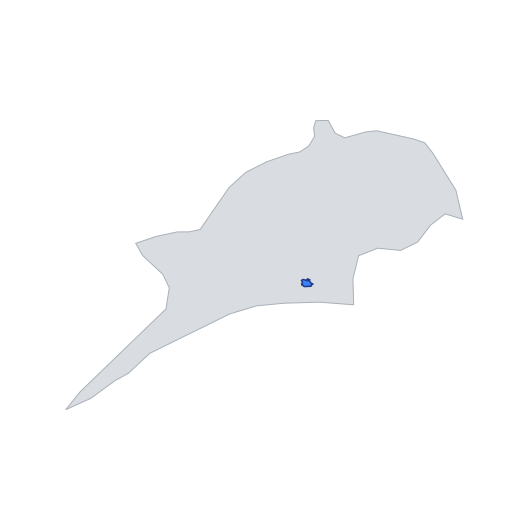 location of Agios Ermolaos, Cyprus, rotated 172°
{"feature_id": "46923920B200198305742", "entity_name": "Agios Ermolaos", "entity_type": "district", "adm_level": 2, "iso_a3": "CYP", "parent_name": "Cyprus", "parent_adm1": "", "projection": "albers", "projection_center": [33.172, 35.267], "detail": "fine", "context": "in_parent", "style": "filled", "palette": "blue", "viewbox_px": 512, "rotation_deg": 172, "n_neighbors": 0, "source": "geoboundaries", "source_scale": "gbopen_adm2", "svg_char_len": 1581}
<svg xmlns="http://www.w3.org/2000/svg" viewBox="0 0 512 512"><g transform="rotate(172 256 256)"><path d="M368.2,272.3L373.3,285.3L352.1,289.3L330.7,290.8L318.8,289.2L307.7,290.0L273.2,327.5L254.6,340.2L232.4,347.8L209.7,352.3L198.4,352.9L188.4,357.6L181.3,366.3L181.1,374.7L178.1,381.7L165.7,380.2L160.5,366.6L151.7,360.7L129.7,363.6L119.0,363.2L83.8,350.0L73.2,344.7L66.7,333.5L48.9,293.3L46.2,263.7L62.9,271.4L78.7,262.4L93.9,247.4L112.0,241.4L123.2,244.1L134.3,246.8L154.4,242.0L163.2,219.8L166.1,194.1L199.9,201.5L234.3,205.3L262.4,206.6L290.1,202.3L374.8,174.4L398.6,157.7L413.4,152.0L439.0,138.2L465.8,130.3L448.8,146.2L352.5,216.1L346.3,236.6L350.8,250.8L364.6,267.8L368.2,272.3Z" fill="#d9dde1" stroke="#a8b0b8" stroke-width="1"/><path d="M213.0,226.1L214.3,225.5L214.1,225.1L214.0,224.6L213.9,224.3L213.7,223.5L213.8,223.0L214.3,222.4L214.6,222.3L214.7,221.9L214.6,221.4L214.7,221.0L214.4,220.8L213.8,220.6L213.3,220.1L213.1,219.6L212.8,219.4L212.4,219.0L211.9,219.0L211.4,219.0L210.9,218.8L210.5,218.7L210.1,218.7L209.8,218.7L209.4,218.7L209.0,218.8L208.6,218.9L208.2,218.6L207.4,218.5L206.8,218.5L206.4,218.4L206.1,218.4L205.5,218.6L205.3,218.8L205.2,219.1L205.4,219.6L205.3,219.9L204.8,220.1L204.3,220.1L204.0,220.1L203.6,220.2L203.6,220.4L203.9,220.6L204.2,220.8L204.7,221.1L205.0,221.3L205.4,221.8L205.6,222.0L205.7,222.4L205.9,222.7L206.0,223.1L206.4,223.5L206.4,223.9L206.4,224.3L206.1,224.9L206.8,225.5L208.1,226.1L208.7,225.8L208.2,225.0L207.8,224.4L209.5,224.7L210.8,225.5L212.2,226.1L213.0,226.1Z" fill="#3b82f6" stroke="#1e3a8a" stroke-width="1.5"/></g></svg>